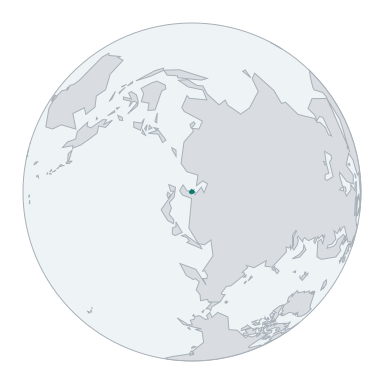 the Earth from above Hwanghae-namdo, rotated 140°
{"feature_id": "PRK-3304", "entity_name": "Hwanghae-namdo", "entity_type": "Province", "adm_level": 1, "iso_a3": "PRK", "parent_name": "North Korea", "parent_adm1": "", "projection": "orthographic", "projection_center": [125.529, 38.191], "detail": "fine", "context": "on_globe", "style": "filled", "palette": "teal", "viewbox_px": 384, "rotation_deg": 140, "n_neighbors": 0, "source": "natural_earth", "source_scale": "10m", "svg_char_len": 12740}
<svg xmlns="http://www.w3.org/2000/svg" viewBox="0 0 384 384"><g transform="rotate(140 192 192)"><circle cx="192" cy="192" r="169" fill="#eef3f6" stroke="#a8b0b8"/><path d="M324.1,287.1L324.0,287.8L323.8,288.0L324.1,287.1ZM319.0,80.5L318.0,79.6L319.2,81.8L313.0,78.7L298.0,69.5L298.7,68.2L295.0,66.5L293.9,68.2L294.0,69.7L279.8,69.3L274.1,78.3L277.9,84.7L272.7,80.9L283.7,96.0L284.2,105.1L280.2,92.8L277.1,90.0L275.8,94.9L272.3,93.2L269.7,94.7L265.7,92.4L263.7,85.8L261.1,84.3L260.3,88.0L255.8,88.3L257.3,83.1L249.7,83.2L244.8,73.2L252.2,62.9L246.2,57.0L244.8,46.0L241.6,45.8L239.0,42.1L234.2,40.6L235.3,39.4L230.6,39.3L230.5,40.7L228.4,41.2L225.6,40.6L226.5,38.8L228.0,38.9L226.8,38.0L228.5,37.5L226.1,37.4L227.5,35.6L222.0,36.5L219.7,34.4L221.7,33.4L226.9,34.7L244.6,36.9L248.3,37.1L248.3,35.7L237.0,30.2L238.9,30.2L237.5,29.4L234.0,28.6L233.8,29.1L227.0,27.8L227.7,29.0L225.0,28.8L223.5,29.9L217.9,28.7L213.3,27.0L214.3,26.1L212.3,25.5L206.7,25.7L203.9,24.0L194.3,23.1L194.2,23.1L195.8,23.1L208.5,23.8L221.1,25.6L233.5,28.2L245.7,31.8L257.6,36.3L269.1,41.7L280.2,47.9L290.8,54.9L300.8,62.8L310.2,71.3L319.0,80.5ZM348.8,168.2L347.4,165.4L348.7,165.3L348.8,168.2ZM346.2,164.9L346.8,165.6L346.2,165.3L346.2,164.9ZM345.6,165.5L346.0,165.1L345.7,165.9L345.6,165.5ZM345.0,166.7L345.2,165.9L345.3,166.1L345.0,166.7ZM343.4,167.6L343.0,167.7L343.2,166.7L343.4,167.6ZM294.7,70.8L294.2,68.4L296.5,67.8L297.3,69.9L294.7,70.8ZM289.8,72.8L288.6,70.9L292.8,72.4L292.2,73.0L289.8,72.8ZM281.4,90.0L281.7,87.4L282.6,90.6L281.4,90.0ZM270.1,95.4L271.1,96.8L269.3,97.0L270.1,95.4ZM226.6,30.6L225.1,30.3L226.2,30.2L226.6,30.6ZM227.4,31.5L229.8,31.7L230.5,32.2L229.0,32.1L227.4,31.5ZM261.5,93.8L258.4,94.0L261.2,92.6L261.5,93.8ZM224.4,31.2L231.5,33.1L232.7,34.0L228.2,34.3L224.4,31.2ZM256.3,93.4L248.6,94.4L250.2,97.3L241.4,89.8L250.8,91.3L254.1,89.0L254.0,91.6L256.3,93.4ZM231.7,41.5L231.7,39.9L234.3,41.9L231.7,41.5ZM233.9,42.6L244.9,48.6L243.5,50.9L240.1,48.3L240.4,52.0L234.3,50.1L232.8,47.7L234.9,46.5L230.9,46.7L233.9,42.6ZM237.7,85.8L235.6,85.2L237.4,84.6L237.7,85.8ZM227.7,41.6L230.1,42.5L229.1,44.5L224.2,43.1L226.1,42.9L227.7,41.6ZM243.5,54.1L241.9,55.5L236.5,54.3L235.1,54.7L234.0,50.3L243.5,54.1ZM224.9,42.1L221.7,42.4L219.6,41.0L225.4,40.9L224.9,42.1ZM230.9,45.6L230.1,46.6L228.9,45.6L230.9,45.6ZM210.5,36.5L213.4,37.2L213.1,38.3L210.5,36.5ZM220.7,42.6L221.4,43.1L221.6,43.7L219.1,43.6L220.7,42.6ZM230.3,49.9L228.4,49.2L230.5,51.6L226.5,51.0L226.5,48.3L224.9,49.2L223.7,49.1L225.0,47.0L230.3,49.9ZM217.3,45.3L215.9,42.0L210.7,40.3L210.8,39.2L219.2,42.3L217.3,45.3ZM221.7,46.5L219.0,45.5L220.5,44.6L223.3,44.7L221.7,46.5ZM223.8,51.7L229.9,53.3L229.7,53.9L223.8,51.7ZM215.4,45.0L215.8,45.8L214.9,45.0L215.4,45.0ZM220.9,49.8L223.1,50.2L222.8,50.8L220.9,49.8ZM214.7,47.2L214.3,46.1L216.2,46.1L214.7,47.2ZM217.3,48.5L216.4,49.3L217.1,46.7L218.3,48.6L217.3,48.5ZM220.3,50.3L220.8,50.8L219.4,50.0L220.3,50.3ZM207.8,48.2L208.3,45.0L212.4,44.8L211.4,47.9L207.8,48.2ZM79.4,66.1L71.3,75.0L69.0,77.7L64.9,81.2L52.0,99.5L54.3,98.8L47.9,113.5L47.2,120.9L56.5,113.7L57.7,101.2L63.3,94.5L66.6,100.4L66.2,112.2L68.4,110.0L73.1,99.2L77.6,98.9L75.2,95.3L72.8,99.0L71.3,97.0L73.4,93.6L74.9,93.5L76.3,89.6L68.8,91.6L65.5,95.6L66.3,88.4L60.9,94.4L59.5,94.2L68.1,84.1L70.8,82.1L83.0,69.1L80.2,70.4L68.6,82.9L70.2,80.4L66.4,82.9L70.6,79.1L84.0,65.7L87.8,60.4L85.0,61.2L102.7,48.5L104.5,47.5L94.9,54.6L97.9,53.1L106.7,47.8L103.0,50.6L105.4,49.6L102.4,52.5L104.9,53.7L102.8,56.6L110.2,54.7L110.2,56.2L105.8,56.8L101.7,59.0L97.5,67.4L98.5,68.3L103.7,66.6L101.9,69.4L107.4,66.7L108.1,71.1L111.9,63.6L118.1,62.1L122.0,63.8L124.7,62.1L118.3,59.4L115.1,59.7L111.3,61.9L103.3,62.2L103.3,59.9L114.3,55.0L115.6,51.6L123.6,49.8L136.1,57.2L138.0,62.0L127.5,73.2L123.4,72.8L125.0,68.4L117.6,74.0L121.0,72.8L119.5,75.3L125.0,75.0L124.2,76.8L130.9,73.6L130.5,75.9L126.3,77.8L134.1,79.9L135.1,84.6L137.2,84.3L139.3,82.6L139.1,90.0L140.7,89.5L141.4,86.8L145.0,84.0L151.3,82.2L150.9,84.9L148.6,85.9L143.1,92.3L136.9,94.9L137.4,95.9L142.7,94.2L149.4,86.4L153.3,84.6L150.7,88.4L152.0,86.8L153.8,86.8L155.2,89.4L158.4,85.4L179.0,83.0L183.8,88.3L179.2,91.6L193.2,94.2L197.6,100.8L198.2,98.2L205.3,98.2L204.0,96.1L204.8,94.9L222.5,95.1L226.4,97.6L234.7,95.6L235.0,94.3L232.6,92.3L241.4,89.8L250.2,97.3L249.0,99.7L255.3,103.2L251.8,108.2L251.7,114.3L244.2,118.5L244.9,123.3L247.3,124.2L250.0,131.7L247.2,145.0L238.8,130.3L241.0,111.6L239.2,118.7L236.4,116.1L233.8,118.1L232.9,123.4L234.7,124.6L216.9,129.6L208.3,143.1L216.5,143.5L220.3,148.6L217.6,166.4L196.5,187.3L201.3,196.0L200.6,201.0L194.3,203.2L195.1,195.8L190.1,192.2L191.5,188.0L181.7,189.7L183.3,183.7L174.9,188.3L176.5,193.6L184.6,194.0L176.6,201.1L182.9,210.9L182.0,221.0L165.9,235.5L152.0,237.6L150.8,240.4L146.1,235.7L138.5,239.7L146.2,258.7L145.5,263.3L133.8,269.0L133.8,265.5L121.4,253.0L118.1,263.1L127.5,275.2L130.6,286.3L123.0,280.8L119.9,270.8L115.5,266.1L117.4,257.1L115.2,241.3L107.5,241.1L108.8,235.4L104.6,220.4L94.0,219.4L76.7,226.4L73.1,239.9L67.7,242.8L64.0,217.3L66.5,202.3L62.6,200.6L61.0,183.4L50.8,169.4L51.6,164.7L49.2,163.5L48.4,155.4L50.6,148.1L49.1,145.2L43.8,164.7L45.7,168.0L50.6,166.2L48.5,172.1L49.5,181.3L40.1,186.4L28.7,177.1L31.5,166.1L42.9,128.1L44.7,126.0L45.0,125.6L45.3,125.0L42.4,127.8L45.7,121.0L35.4,144.5L32.0,153.0L28.5,177.3L27.9,177.8L27.9,184.2L32.8,191.8L32.0,194.9L27.3,204.3L23.9,209.5L23.1,197.2L23.2,185.0L24.1,172.7L26.0,160.6L28.7,148.6L32.3,136.9L36.7,125.4L42.0,114.3L48.0,103.6L54.8,93.4L62.3,83.7L70.5,74.6L79.4,66.1ZM61.9,130.6L64.3,138.0L70.1,128.7L71.5,130.9L72.9,127.1L70.5,128.0L75.1,118.4L78.6,119.8L81.8,116.6L81.1,114.0L74.0,113.1L67.4,126.6L63.9,127.5L61.9,130.6ZM121.5,42.2L118.3,43.9L116.2,44.2L118.8,41.6L121.8,41.0L121.5,42.2ZM114.2,46.4L124.4,42.9L123.2,44.7L122.2,44.2L120.3,45.8L118.2,45.4L107.0,51.1L104.5,51.8L110.7,45.9L110.1,47.2L113.2,45.3L114.2,46.4ZM152.6,34.3L157.0,33.8L148.7,38.3L145.5,38.3L147.9,35.4L153.0,33.7L152.6,34.3ZM215.0,31.9L217.2,32.1L216.9,32.5L214.8,32.7L215.0,31.9ZM211.9,36.7L205.0,31.6L207.2,31.5L200.5,29.2L203.7,28.1L207.9,29.6L205.4,27.2L210.5,28.1L208.1,26.7L217.1,30.1L221.6,31.1L215.4,30.3L212.4,31.2L212.4,31.9L215.8,34.8L223.8,37.9L222.1,39.7L218.7,40.1L216.5,39.6L218.3,38.5L214.1,38.7L215.0,36.8L211.9,36.7ZM180.2,49.3L183.2,47.3L174.8,49.0L175.7,46.5L174.7,46.8L173.2,45.0L169.6,43.6L170.8,42.5L168.9,42.4L167.9,41.4L165.7,41.0L167.1,39.1L164.5,38.5L166.6,37.9L161.8,37.6L166.0,37.0L165.1,35.9L161.5,37.0L174.2,29.2L176.3,27.1L175.8,25.8L183.1,25.4L188.3,26.7L191.4,29.1L188.4,31.5L192.2,31.1L191.9,32.3L189.0,32.1L193.3,33.1L192.2,34.0L195.0,37.4L201.9,38.7L203.1,40.1L199.9,40.1L203.3,41.6L198.1,42.6L198.8,43.7L194.4,46.1L187.8,45.7L189.1,47.0L185.8,49.1L180.2,49.3ZM206.4,48.8L198.3,48.4L194.8,47.0L203.9,43.6L204.0,42.4L209.8,40.6L214.7,42.9L212.6,43.1L211.7,44.0L210.5,42.9L210.8,44.4L207.9,44.9L207.4,46.2L204.9,45.7L206.4,48.8ZM69.6,78.0L68.4,79.6L67.3,81.7L64.9,83.5L69.6,78.0ZM78.7,68.7L78.1,69.7L74.1,72.8L75.4,71.2L78.7,68.7ZM81.1,67.8L78.3,69.5L80.6,67.6L81.1,67.8ZM105.6,57.7L105.4,58.9L104.0,59.5L102.6,59.5L105.6,57.7ZM155.4,55.2L157.7,54.0L158.5,54.3L164.5,53.4L164.3,55.5L160.6,56.8L155.4,55.2ZM54.8,113.2L53.0,112.8L54.0,110.8L54.4,111.3L54.8,113.2ZM57.7,97.1L55.4,101.9L57.1,97.6L57.7,97.1ZM156.2,57.3L158.7,56.6L157.1,58.1L156.2,57.3ZM164.5,57.0L163.1,58.7L165.0,55.6L164.5,57.0ZM32.1,246.6L32.2,246.8L31.4,243.8L34.5,252.9L35.7,256.2L32.1,246.6ZM173.0,316.4L178.2,317.5L178.0,318.0L173.0,316.4ZM167.5,313.7L173.4,314.7L166.5,314.8L167.5,313.7ZM175.7,315.1L181.7,314.7L184.3,314.0L183.9,315.1L175.7,315.1ZM163.5,313.2L142.4,308.8L134.2,305.2L136.0,303.6L149.2,307.3L163.5,313.2ZM135.3,303.4L123.0,293.7L107.3,269.2L112.9,271.7L129.6,288.8L128.5,290.4L135.9,297.5L135.3,303.4ZM165.7,298.6L164.5,304.1L152.7,301.5L147.5,299.4L143.8,291.2L145.8,287.8L150.1,288.9L167.5,278.6L173.4,282.8L167.9,287.7L172.8,293.7L165.7,298.6ZM73.5,241.6L75.6,251.8L72.8,251.4L73.5,241.6ZM175.1,269.8L167.7,274.9L174.6,267.7L175.1,269.8ZM179.5,262.5L179.7,265.7L177.1,262.3L179.5,262.5ZM150.1,245.0L145.5,244.6L145.7,242.3L151.6,241.3L150.1,245.0ZM181.3,229.5L180.2,236.6L178.9,238.9L177.4,234.3L181.3,229.5ZM158.1,76.4L149.9,75.2L143.9,76.2L140.3,79.6L141.8,74.5L151.2,72.9L158.1,76.4ZM176.5,81.8L179.6,79.2L180.6,81.0L180.0,81.8L176.5,81.8ZM176.6,79.8L176.0,75.6L179.3,74.6L179.2,78.1L176.6,79.8ZM165.8,65.6L163.3,65.0L164.7,63.8L165.8,65.6ZM283.6,334.0L284.7,333.3L284.9,333.1L283.6,334.0ZM234.9,354.4L234.2,353.4L241.4,351.7L238.9,353.3L234.9,354.4ZM289.1,330.3L289.3,330.1L293.6,326.9L294.7,325.3L294.8,326.0L298.3,323.3L289.1,330.3ZM206.6,350.0L173.9,353.1L166.5,351.6L167.8,349.9L160.0,342.1L162.3,342.7L160.1,337.3L179.0,334.8L192.4,325.9L203.6,327.0L211.7,319.4L223.4,319.7L220.3,325.7L232.8,328.7L240.5,314.8L248.9,327.5L258.5,330.0L262.1,335.9L247.6,348.2L238.6,351.5L236.5,351.3L232.9,352.6L226.7,353.2L222.6,351.1L219.0,352.3L222.2,349.8L217.2,352.2L213.6,350.5L206.6,350.0ZM290.8,314.4L292.7,314.0L295.9,314.4L292.8,315.5L290.8,314.4ZM319.3,292.9L320.3,293.1L318.3,294.7L319.3,292.9ZM323.8,288.0L321.4,290.2L324.1,287.1L323.8,288.0ZM300.1,303.4L301.1,303.7L300.3,304.3L300.1,303.4ZM299.3,303.5L300.3,301.7L300.3,303.0L299.3,303.5ZM289.9,299.8L291.0,298.6L291.6,299.0L289.9,299.8ZM186.0,318.3L193.2,314.8L197.3,314.7L186.0,318.3ZM288.2,298.7L285.4,299.5L285.7,298.6L288.2,298.7ZM288.4,296.9L288.0,295.8L289.9,297.9L288.4,296.9ZM282.9,296.0L286.4,297.0L282.5,296.3L282.9,296.0ZM280.8,296.8L278.3,296.6L278.5,296.2L280.8,296.8ZM253.3,304.1L262.6,309.3L255.3,310.4L247.1,307.4L241.0,312.0L227.0,312.5L230.1,309.8L228.1,306.1L213.9,304.8L211.0,302.2L216.0,300.5L206.7,298.2L216.8,297.1L221.1,302.5L226.9,298.1L237.0,298.6L247.0,299.5L255.3,302.3L253.3,304.1ZM217.1,308.9L218.8,308.9L217.3,310.5L217.1,308.9ZM273.5,294.9L277.2,296.6L276.8,297.3L275.0,297.3L273.5,294.9ZM257.1,301.1L265.9,295.3L268.0,295.0L262.2,300.9L257.1,301.1ZM263.7,292.8L267.8,292.7L270.1,294.7L269.2,295.5L263.7,292.8ZM196.3,303.5L196.0,305.0L193.4,303.7L196.3,303.5ZM199.7,302.8L207.6,304.7L199.0,304.1L199.7,302.8ZM176.3,295.5L178.5,299.4L185.5,297.8L180.2,300.6L185.1,306.9L183.5,308.9L178.6,302.1L177.1,308.4L173.9,307.9L172.1,302.1L175.2,295.6L178.3,293.1L191.1,293.1L176.3,295.5ZM199.6,298.4L197.5,294.0L199.1,291.3L201.3,293.7L199.6,298.4ZM191.6,283.1L186.4,277.3L181.4,278.8L191.7,272.4L195.0,279.0L191.6,283.1ZM187.5,271.1L182.9,272.4L187.8,268.6L187.5,271.1ZM181.8,270.5L181.5,266.7L185.0,267.6L181.8,270.5ZM189.9,271.5L191.1,265.2L192.7,269.1L189.9,271.5ZM180.6,258.0L187.8,265.1L178.0,261.2L178.6,248.6L182.8,248.8L180.6,258.0ZM210.5,207.4L210.0,203.5L214.1,202.8L213.3,205.7L210.5,207.4ZM227.1,198.2L215.1,201.4L205.3,204.3L207.9,206.3L205.0,212.7L201.6,206.2L209.0,199.5L216.2,198.5L218.1,193.0L223.9,189.5L223.8,182.5L226.6,179.6L228.9,185.8L227.1,198.2ZM223.5,179.6L225.5,167.4L232.9,169.4L234.1,172.5L230.1,177.1L226.4,175.8L223.5,179.6ZM228.1,165.1L224.6,163.8L220.1,145.5L221.0,142.2L228.3,156.6L225.4,156.2L225.2,160.5L228.1,165.1ZM235.8,86.6L235.6,85.3L237.1,86.5L235.8,86.6ZM204.0,93.7L205.4,92.3L207.1,93.5L204.0,93.7ZM210.2,89.1L207.2,88.7L210.5,88.0L210.2,89.1ZM200.5,88.0L206.1,87.9L200.5,89.6L200.5,88.0Z" fill="#d9dde1" stroke="#a8b0b8" stroke-width="1"/><path d="M194.0,192.9L193.9,192.9L193.7,193.0L193.4,193.1L193.5,193.2L193.5,193.3L193.4,193.3L193.3,193.2L193.2,193.1L193.2,192.9L193.2,193.0L193.1,192.9L193.0,193.0L192.9,193.0L192.7,192.8L192.7,192.7L192.4,192.5L192.2,192.5L192.3,192.6L192.4,192.8L192.5,192.8L192.4,192.8L192.2,192.8L192.3,192.9L192.3,193.0L192.2,193.0L192.3,193.1L192.2,193.1L192.2,193.3L192.1,193.2L191.9,193.2L191.9,193.3L191.7,193.4L191.6,193.5L191.6,193.3L191.8,193.2L191.7,193.2L191.8,193.1L192.0,193.1L191.9,193.0L192.0,192.9L191.9,192.9L191.7,192.9L191.8,192.9L191.8,193.0L191.7,193.0L191.3,193.1L191.5,193.0L191.5,192.9L191.4,192.8L191.2,192.9L191.2,193.0L191.0,192.9L190.9,192.9L190.8,192.7L190.7,192.8L190.7,192.7L190.8,192.7L191.0,192.6L191.0,192.4L191.3,192.4L191.3,192.5L191.4,192.4L191.2,192.3L190.9,192.3L190.6,192.3L190.6,192.2L190.4,192.3L190.0,192.2L190.3,192.0L190.4,191.9L190.5,191.9L190.6,192.0L190.8,191.9L190.7,191.9L190.5,191.7L190.6,191.4L190.7,191.2L190.7,191.3L190.7,191.2L190.8,191.2L190.8,190.9L190.7,190.8L190.8,190.8L191.0,190.8L191.1,190.7L191.3,190.6L191.5,190.6L191.8,190.5L192.0,190.6L192.3,190.7L192.3,190.8L192.3,191.0L192.4,191.3L192.5,191.4L192.4,191.5L192.5,191.5L192.8,191.7L192.8,191.8L192.9,192.0L193.0,192.1L193.3,192.0L193.4,191.9L193.4,192.0L193.5,192.0L193.6,191.9L193.8,191.9L194.0,192.0L194.0,192.3L194.0,192.5L194.0,192.8L194.0,192.9ZM190.5,191.0L190.4,191.1L190.4,190.9L190.5,191.0L190.5,191.0ZM191.5,193.3L191.6,193.2L191.5,193.3L191.4,193.4L191.3,193.5L191.3,193.4L191.5,193.3Z" fill="#14b8a6" stroke="#0f766e" stroke-width="1.5"/></g></svg>